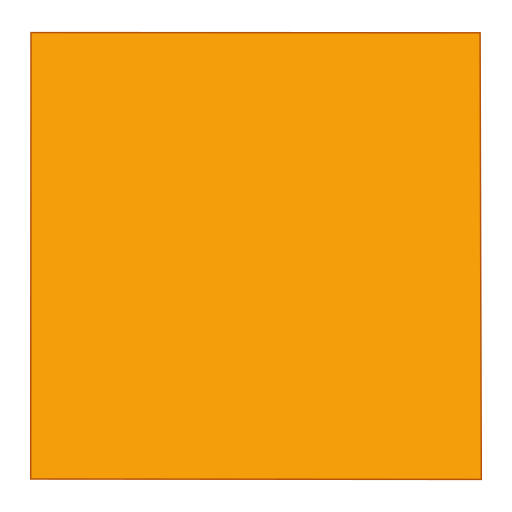 Wheeler, Texas, United States of America (orthographic projection)
{"feature_id": "52423323B41320659077500", "entity_name": "Wheeler", "entity_type": "district", "adm_level": 2, "iso_a3": "USA", "parent_name": "United States of America", "parent_adm1": "Texas", "projection": "orthographic", "projection_center": [-100.27, 35.401], "detail": "fine", "context": "isolated", "style": "filled", "palette": "amber", "viewbox_px": 512, "rotation_deg": 0, "n_neighbors": 0, "source": "geoboundaries", "source_scale": "gbopen_adm2", "svg_char_len": 198}
<svg xmlns="http://www.w3.org/2000/svg" viewBox="0 0 512 512"><path d="M31.0,32.6L30.7,479.0L481.3,479.4L480.6,234.1L480.1,32.8L31.0,32.6Z" fill="#f59e0b" stroke="#b45309" stroke-width="1.5"/></svg>